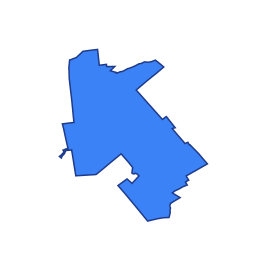 outline of Lupsanu, Calarasi, Romania, rotated 39°
{"feature_id": "2599482B13609226917732", "entity_name": "Lupsanu", "entity_type": "district", "adm_level": 2, "iso_a3": "ROU", "parent_name": "Romania", "parent_adm1": "Calarasi", "projection": "natural_earth1", "projection_center": [26.944, 44.379], "detail": "fine", "context": "isolated", "style": "filled", "palette": "blue", "viewbox_px": 256, "rotation_deg": 39, "n_neighbors": 0, "source": "geoboundaries", "source_scale": "gbopen_adm2", "svg_char_len": 3139}
<svg xmlns="http://www.w3.org/2000/svg" viewBox="0 0 256 256"><g transform="rotate(39 128 128)"><path d="M201.8,188.0L207.9,180.1L209.4,178.4L209.5,178.2L210.4,177.1L210.5,177.0L212.4,175.1L213.7,173.9L215.1,172.7L216.2,171.8L215.7,170.6L214.8,168.8L214.2,167.5L213.6,166.6L212.7,165.8L212.0,164.8L211.5,163.6L211.0,163.2L210.1,162.7L209.4,162.1L209.1,161.3L208.7,160.4L208.4,159.8L208.9,159.2L208.9,158.7L209.0,158.4L209.2,157.8L209.9,155.8L210.6,153.9L212.1,149.9L212.3,149.3L209.8,149.7L204.3,150.4L203.3,150.5L203.6,149.3L203.9,147.8L204.3,146.9L204.6,146.1L205.0,145.3L205.3,144.8L205.7,143.9L206.1,143.1L206.4,142.4L206.7,141.5L207.0,140.6L207.4,139.7L207.8,138.8L208.3,137.9L209.0,136.7L209.5,135.6L209.7,135.3L209.9,135.1L206.6,133.8L208.0,130.3L206.9,130.0L206.5,129.8L204.7,129.2L203.4,128.6L206.8,120.0L208.3,116.2L210.6,110.2L212.1,106.4L212.3,105.9L205.5,104.7L198.7,103.4L197.9,103.3L194.3,102.9L193.0,102.8L192.1,102.7L190.4,102.5L189.4,102.3L189.1,102.3L188.0,102.2L186.6,102.0L186.3,102.6L183.6,101.4L182.1,104.2L176.7,103.2L171.5,102.3L163.0,100.7L162.8,100.7L162.9,100.2L163.1,99.9L164.5,98.1L150.7,95.0L150.6,95.5L150.2,95.9L149.4,99.7L127.2,96.1L115.8,94.2L110.5,93.4L110.7,92.3L110.8,91.6L111.7,86.6L112.0,85.3L112.2,84.1L112.3,83.4L112.4,83.0L112.7,81.4L112.9,80.2L113.2,78.8L113.7,76.4L114.1,74.7L114.4,73.3L114.4,73.2L114.4,72.9L114.5,72.6L115.0,70.5L115.3,69.3L116.3,63.8L116.5,63.2L116.6,62.5L116.9,60.8L117.1,59.7L117.4,58.1L114.0,58.0L110.5,58.0L106.6,58.0L106.3,58.6L106.1,58.9L105.9,59.2L105.3,60.3L104.3,61.9L103.3,63.1L101.9,64.5L100.5,65.4L99.3,66.2L98.6,67.3L98.5,67.7L98.2,68.5L97.3,69.9L96.1,71.3L95.8,72.0L94.7,74.6L93.2,77.7L91.1,81.2L90.5,81.9L90.2,82.6L89.4,84.5L88.8,86.1L88.4,86.9L87.9,87.7L87.5,88.3L87.1,88.7L86.9,88.9L86.6,89.0L85.4,91.6L85.2,91.7L84.7,92.2L84.4,92.6L83.9,92.9L83.6,92.9L83.4,92.8L83.5,92.4L78.3,94.6L79.0,88.5L72.8,93.7L71.2,92.1L66.2,97.3L54.9,86.1L49.1,92.1L44.7,96.8L44.4,99.1L43.5,105.7L41.1,109.8L41.1,110.1L40.8,110.5L40.5,111.0L40.1,111.3L39.9,111.5L39.8,111.8L40.3,112.5L40.7,113.3L41.0,113.7L42.0,115.1L42.4,115.8L43.0,116.7L43.7,117.7L44.3,118.6L44.9,119.3L46.5,121.0L47.2,121.9L47.5,122.2L47.8,122.5L48.3,123.2L49.3,124.3L49.9,125.0L50.4,125.6L50.6,125.8L50.7,126.0L50.9,126.2L51.7,127.0L53.8,129.1L58.7,133.9L67.2,142.2L73.4,148.5L77.9,153.1L82.5,157.7L74.4,166.1L75.2,166.7L76.7,167.8L78.2,168.9L79.6,170.0L82.9,172.7L85.3,174.6L91.1,179.2L94.6,182.0L94.0,182.4L93.4,182.9L93.0,183.2L92.8,183.6L91.5,186.1L92.3,186.2L92.9,186.8L93.2,187.2L93.4,187.9L93.2,190.0L93.1,191.1L92.6,193.3L95.1,193.3L94.8,192.3L94.6,191.4L94.5,190.4L94.8,188.0L94.2,186.1L93.8,185.0L95.4,183.0L96.0,182.6L96.8,181.8L97.7,180.9L98.0,180.5L98.7,181.2L101.5,183.6L117.5,198.0L132.1,184.6L132.4,184.2L132.6,183.7L134.4,174.9L136.6,163.7L138.9,152.4L149.8,154.3L155.7,155.6L156.8,155.9L157.2,157.2L157.8,157.9L158.0,158.3L159.4,160.6L160.3,160.5L160.9,160.3L161.5,159.9L161.7,159.6L162.0,159.4L162.0,158.7L163.5,158.1L166.7,158.3L166.0,168.5L159.3,168.2L156.4,179.0L168.0,181.1L182.1,183.9L194.3,186.4L200.0,187.6L201.8,188.0Z" fill="#3b82f6" stroke="#1e3a8a" stroke-width="1.5"/></g></svg>